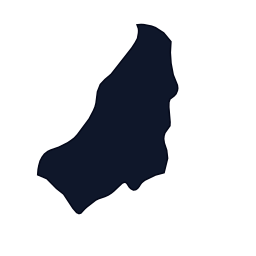 outline of Tuyên Quang, rotated 214°
{"feature_id": "VNM-457", "entity_name": "Tuyên Quang", "entity_type": "Province", "adm_level": 1, "iso_a3": "VNM", "parent_name": "Vietnam", "parent_adm1": "", "projection": "natural_earth1", "projection_center": [105.255, 22.072], "detail": "fine", "context": "isolated", "style": "filled", "palette": "ink", "viewbox_px": 256, "rotation_deg": 214, "n_neighbors": 0, "source": "natural_earth", "source_scale": "10m", "svg_char_len": 1127}
<svg xmlns="http://www.w3.org/2000/svg" viewBox="0 0 256 256"><g transform="rotate(214 128 128)"><path d="M111.0,191.1L109.0,188.8L108.0,186.7L107.3,183.2L107.7,180.4L109.4,175.4L108.4,172.1L105.9,168.2L96.4,156.4L94.5,153.3L94.7,144.7L93.9,141.9L92.4,139.0L89.5,135.8L83.5,131.2L78.2,125.0L73.1,111.1L79.0,104.3L84.8,94.3L85.5,92.3L86.1,90.2L86.2,88.1L86.1,85.7L86.3,83.3L87.1,81.2L88.8,79.6L91.5,79.3L93.8,79.7L98.0,81.5L99.6,81.6L100.8,80.9L102.0,79.0L104.5,67.8L105.5,64.6L106.9,61.4L108.8,58.3L112.9,52.9L114.5,50.1L118.0,39.4L118.7,36.5L119.5,31.1L120.8,29.6L123.3,29.2L128.8,30.7L144.4,37.2L153.5,37.9L167.0,40.6L176.7,38.7L179.3,43.3L180.9,47.0L182.4,51.5L182.9,55.9L182.7,59.7L181.4,63.7L179.7,66.6L174.6,73.4L169.8,81.9L168.3,85.6L166.9,89.7L166.2,94.2L165.3,113.8L166.3,122.9L167.1,127.0L168.4,130.7L173.6,141.0L175.3,148.7L174.2,155.4L172.0,163.2L169.6,196.6L169.7,202.8L170.2,207.6L172.4,212.6L173.6,214.6L175.0,216.3L178.2,218.6L175.0,221.2L172.6,222.6L165.5,225.6L161.3,226.6L151.6,226.8L140.7,223.6L135.1,214.2L128.5,205.7L120.3,197.4L111.0,191.1Z" fill="#0f172a" stroke="#020617" stroke-width="1.5"/></g></svg>